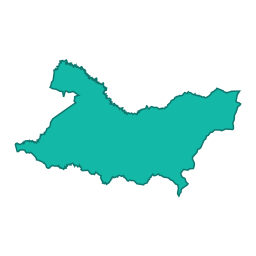 the district of La Jagua De Ibirico, Cesar, Colombia
{"feature_id": "7082276B29749803006962", "entity_name": "La Jagua De Ibirico", "entity_type": "district", "adm_level": 2, "iso_a3": "COL", "parent_name": "Colombia", "parent_adm1": "Cesar", "projection": "robinson", "projection_center": [-73.393, 9.559], "detail": "fine", "context": "isolated", "style": "filled", "palette": "teal", "viewbox_px": 256, "rotation_deg": 0, "n_neighbors": 0, "source": "geoboundaries", "source_scale": "gbopen_adm2", "svg_char_len": 5680}
<svg xmlns="http://www.w3.org/2000/svg" viewBox="0 0 256 256"><path d="M178.9,196.0L179.9,193.3L181.0,192.2L181.2,189.7L182.1,188.5L187.6,184.6L188.0,183.7L186.1,182.1L184.9,178.4L182.0,177.0L180.8,174.0L180.8,173.2L183.4,169.5L188.0,170.1L189.6,168.7L193.1,168.6L193.7,167.9L194.4,164.4L194.1,162.5L192.5,159.3L192.5,157.2L196.8,152.5L197.9,149.1L199.1,149.0L200.7,147.8L204.0,140.2L205.8,138.9L206.4,136.1L208.3,135.3L210.4,132.4L212.5,132.1L214.5,129.9L219.8,130.0L221.7,130.7L225.7,129.0L232.7,129.5L233.4,128.8L233.4,126.0L232.8,123.0L234.1,120.0L234.6,114.6L235.9,112.6L237.8,106.8L239.9,105.2L240.6,104.0L239.5,103.1L236.3,101.9L236.0,101.4L237.2,94.8L239.6,91.1L231.5,91.3L226.6,92.9L226.3,92.4L224.6,92.3L223.2,90.9L216.9,88.3L216.0,89.8L214.7,90.4L214.0,91.5L212.5,91.9L211.3,92.8L210.7,94.4L208.8,96.1L205.8,97.8L204.4,97.5L204.1,96.9L202.1,97.1L200.7,96.1L200.0,96.4L198.9,95.4L197.7,95.8L197.0,95.2L195.3,95.2L195.0,93.9L194.2,94.6L192.7,94.3L190.6,92.7L189.2,92.7L188.3,91.8L187.1,93.5L184.7,92.6L182.3,95.3L180.9,95.8L179.7,95.5L177.9,96.5L176.8,96.5L176.1,97.3L175.3,97.2L173.8,99.6L172.1,100.1L170.9,101.1L170.3,102.8L167.8,104.8L167.8,105.6L166.6,107.2L165.3,107.1L165.0,108.2L164.3,108.6L162.3,108.1L161.7,108.8L161.1,108.4L159.4,109.1L156.9,107.4L153.9,107.5L151.8,106.6L150.3,107.2L149.6,108.4L148.3,108.8L147.3,106.3L146.6,105.9L145.7,108.6L141.2,109.5L141.1,110.3L139.8,110.4L139.3,111.8L138.3,111.1L138.1,111.7L138.4,112.4L137.6,112.5L137.9,113.1L137.1,114.2L136.9,113.7L136.3,114.0L134.4,113.4L132.9,114.5L131.6,113.1L130.3,113.7L128.3,112.9L128.1,113.3L127.4,113.1L127.2,113.7L126.9,113.4L126.8,113.8L125.9,112.0L125.8,112.5L125.1,112.6L125.0,113.7L124.1,111.5L124.3,110.4L122.9,110.3L122.6,110.8L122.0,109.7L122.7,107.8L122.1,107.8L121.4,109.0L120.1,108.2L119.7,109.2L118.1,106.9L116.7,106.5L117.3,105.7L115.2,104.9L114.6,105.3L114.2,104.6L113.8,105.0L113.9,104.2L114.7,104.1L114.4,103.5L112.3,104.1L110.1,104.0L110.5,102.5L111.2,103.4L111.3,102.8L112.0,102.1L109.7,100.7L110.9,100.0L110.7,99.1L109.2,98.2L108.5,98.7L107.3,98.2L106.4,98.4L106.1,98.0L106.8,97.0L106.1,96.7L106.9,95.7L105.5,95.0L105.9,93.9L104.6,94.3L104.3,92.6L104.0,93.5L103.2,93.3L103.6,92.0L104.7,91.1L105.0,89.8L105.6,90.3L106.3,90.2L106.5,88.7L105.2,89.4L106.1,87.8L105.1,87.2L104.9,88.2L104.2,86.9L103.6,86.9L103.4,83.1L102.5,83.3L102.6,84.3L101.6,84.1L101.3,84.5L100.2,83.5L98.7,83.7L98.3,83.1L98.9,82.7L98.7,82.3L97.7,83.1L97.1,82.3L96.5,82.4L96.9,81.5L96.2,81.4L96.5,80.8L95.8,80.6L96.8,79.9L96.7,78.4L96.3,78.1L94.4,79.9L94.3,80.5L93.8,79.8L94.1,79.2L93.2,79.1L92.6,79.4L92.7,79.9L92.2,79.7L91.9,79.0L92.2,78.3L92.9,78.8L92.0,77.8L92.5,77.3L91.1,77.8L90.0,77.6L89.6,78.8L88.5,78.2L88.8,77.2L88.4,76.7L89.6,76.7L89.8,76.2L88.0,75.3L88.0,74.7L87.1,73.9L86.6,74.0L86.7,74.8L86.2,74.8L86.1,73.2L85.0,73.0L85.6,71.9L84.2,70.9L85.0,70.4L84.4,70.1L84.6,69.6L83.3,69.4L82.7,68.5L81.9,69.0L82.1,68.0L81.4,67.6L82.0,67.1L81.7,66.7L81.0,66.9L80.4,68.7L77.7,66.6L77.5,67.4L76.5,67.3L76.0,64.8L75.2,65.7L74.7,65.0L74.0,65.7L74.3,66.7L73.4,67.0L73.1,66.2L73.5,65.5L72.2,65.4L72.4,65.0L72.0,64.3L70.8,64.2L71.0,63.6L70.7,63.8L70.8,64.6L70.1,64.9L70.1,63.6L69.5,64.2L69.0,63.4L68.0,63.8L67.6,63.1L67.2,64.0L66.7,64.0L67.2,63.6L67.1,62.9L66.0,63.1L67.0,61.1L66.2,60.0L64.4,61.3L62.9,61.0L62.7,60.5L61.9,60.6L61.1,62.4L60.5,61.9L60.7,61.0L59.9,61.1L60.4,63.2L59.1,63.9L59.1,65.9L58.3,66.6L56.5,66.2L57.8,67.2L57.0,68.4L57.6,69.1L55.9,69.9L55.5,69.0L54.9,70.0L54.0,70.1L54.2,72.8L53.1,80.4L51.6,82.3L50.9,85.8L50.1,87.3L52.5,88.6L56.3,89.3L59.9,91.2L62.7,91.6L63.6,96.9L65.3,91.2L66.3,91.0L68.8,92.5L73.2,91.5L78.9,95.4L76.4,95.9L74.6,96.9L74.8,98.3L74.1,101.1L75.8,102.7L52.8,118.8L50.6,122.4L50.1,126.6L46.7,129.0L46.3,130.7L44.9,132.7L44.4,132.6L44.6,134.1L40.9,134.5L41.5,135.1L40.3,135.9L40.0,138.5L38.2,139.7L38.2,140.4L37.6,140.3L38.1,141.1L37.2,140.7L36.6,143.0L35.4,142.0L34.2,143.1L34.6,142.0L33.8,141.6L33.4,142.0L32.4,140.8L31.9,141.4L31.8,140.9L30.0,141.1L29.7,140.7L29.4,141.6L28.1,140.7L25.2,141.0L24.3,142.2L24.0,143.5L23.5,143.7L22.8,143.4L22.8,142.8L22.3,143.5L19.7,144.6L17.2,143.3L17.2,143.8L15.8,143.7L15.4,144.6L17.2,151.5L18.6,151.5L19.7,150.2L23.0,149.7L24.7,150.4L26.4,152.9L28.2,152.5L29.9,153.0L30.4,152.4L31.1,152.5L35.5,157.0L36.3,158.3L36.5,159.8L38.3,160.2L43.2,162.3L43.6,163.1L44.4,163.1L46.1,165.4L46.5,167.2L48.0,168.2L49.3,168.0L51.8,165.5L55.0,166.1L56.9,165.9L58.1,166.5L58.7,165.7L59.7,167.8L60.9,167.5L61.1,168.3L62.7,168.5L63.6,169.2L63.8,168.6L64.8,168.4L64.4,168.2L65.2,167.4L65.1,166.9L66.1,167.6L66.1,166.9L67.1,166.4L66.9,165.0L67.5,165.4L68.9,164.3L69.2,164.7L70.9,164.9L70.8,163.9L72.8,163.3L74.5,166.0L74.7,165.0L75.4,165.6L77.0,165.6L77.9,166.8L78.4,166.3L79.4,166.4L79.5,165.7L79.7,166.2L80.9,166.4L80.1,166.5L80.1,166.9L81.2,167.7L81.5,169.0L81.0,169.5L82.1,170.6L87.9,170.3L89.3,171.7L89.4,172.6L91.7,174.3L92.9,173.9L94.4,174.5L95.9,172.1L98.9,174.7L101.1,175.6L100.7,177.9L101.9,180.7L102.9,181.7L102.5,183.0L104.4,183.7L104.9,183.5L104.9,182.8L105.6,182.6L106.5,184.3L109.3,182.4L109.8,181.2L110.7,180.4L110.9,179.1L111.8,178.8L111.9,177.5L112.8,176.7L113.4,177.5L114.8,177.5L116.5,176.6L117.7,177.0L118.2,175.6L119.6,175.4L121.8,176.4L123.2,175.6L124.0,176.3L124.0,177.4L125.3,177.8L127.5,180.8L128.4,181.0L129.8,180.1L131.3,180.6L132.9,180.5L134.1,180.8L137.1,183.8L143.6,184.8L144.3,183.8L147.0,182.9L148.0,181.2L147.9,180.2L149.4,179.5L149.4,178.2L151.0,177.1L151.1,176.3L152.8,174.2L153.6,175.6L155.1,175.6L158.5,174.0L159.7,175.4L161.7,175.5L162.3,176.4L163.9,177.1L168.4,177.8L170.4,179.8L172.7,180.7L175.6,184.0L177.8,184.8L178.5,188.6L177.6,192.8L177.7,194.0L178.9,196.0Z" fill="#14b8a6" stroke="#0f766e" stroke-width="1.5"/></svg>